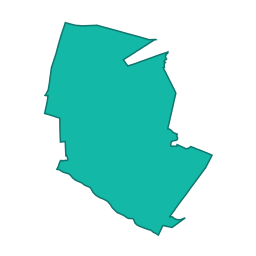 Galbinasi, Buzau, Romania, rotated 177°
{"feature_id": "2599482B63916266325360", "entity_name": "Galbinasi", "entity_type": "district", "adm_level": 2, "iso_a3": "ROU", "parent_name": "Romania", "parent_adm1": "Buzau", "projection": "equal_earth", "projection_center": [26.944, 45.056], "detail": "fine", "context": "isolated", "style": "filled", "palette": "teal", "viewbox_px": 256, "rotation_deg": 177, "n_neighbors": 0, "source": "geoboundaries", "source_scale": "gbopen_adm2", "svg_char_len": 4837}
<svg xmlns="http://www.w3.org/2000/svg" viewBox="0 0 256 256"><g transform="rotate(177 128 128)"><path d="M201.0,193.0L201.1,192.9L201.2,192.6L201.3,192.2L201.5,191.1L201.6,190.8L201.6,190.6L201.8,189.8L202.0,188.7L202.0,188.4L202.1,188.0L202.2,187.6L202.2,187.3L202.3,187.2L202.4,186.6L202.5,186.0L202.5,185.8L203.0,183.6L203.3,182.0L203.3,181.8L203.6,180.1L203.7,179.8L204.0,177.8L204.3,176.5L204.5,175.5L204.7,174.5L205.0,173.3L205.1,173.0L205.3,171.9L205.6,170.4L208.2,166.0L208.6,165.4L209.2,165.1L209.3,165.0L209.2,164.9L206.2,164.2L206.7,161.6L207.4,158.1L210.5,146.9L210.3,146.8L206.9,145.7L204.2,144.7L201.1,143.5L195.6,141.4L195.9,133.4L196.1,126.9L196.2,122.4L196.2,117.5L195.2,117.6L191.4,117.7L191.5,103.6L190.7,103.9L189.7,100.3L189.6,99.4L190.3,98.9L190.9,98.8L191.5,99.0L192.2,99.0L193.0,98.7L193.6,98.9L194.8,98.4L195.2,98.9L195.5,99.0L196.1,98.9L197.0,99.1L197.5,98.4L198.3,96.6L198.8,95.3L199.3,94.1L199.4,93.6L199.9,92.7L200.3,92.1L200.7,91.5L201.1,90.7L201.2,90.4L199.1,90.1L197.1,88.7L195.0,87.3L191.0,85.8L189.9,85.5L188.1,84.1L185.9,81.1L185.1,80.4L183.5,78.9L181.8,78.0L176.9,75.5L174.9,73.7L172.2,72.1L170.0,71.2L168.7,70.3L168.1,69.3L166.5,66.0L165.0,64.1L163.4,62.4L161.0,60.7L159.7,59.9L157.2,58.8L153.6,56.8L151.9,55.4L149.4,52.2L148.0,49.4L145.9,47.0L143.3,44.3L142.1,43.5L140.5,42.9L138.2,41.6L136.7,40.8L133.9,38.6L132.5,37.8L131.2,37.5L128.7,37.4L127.7,37.2L126.8,35.5L126.3,33.5L125.9,32.7L124.3,30.9L122.4,29.7L120.1,28.6L116.4,27.0L113.7,25.8L110.7,24.8L109.5,23.9L108.1,22.5L105.7,21.3L104.4,20.2L103.3,19.5L98.3,28.8L89.2,26.4L75.5,35.3L76.9,34.8L77.3,34.7L77.7,34.5L78.1,34.4L80.1,33.8L81.3,33.6L82.0,33.7L82.5,33.8L83.3,33.9L83.9,34.1L84.6,34.2L85.1,34.3L85.3,34.4L85.4,34.5L85.5,34.6L85.7,34.8L85.8,34.9L86.4,35.2L86.8,35.4L87.0,35.5L87.5,36.2L87.7,36.5L87.8,36.5L88.2,36.7L88.6,36.9L88.9,37.0L89.2,37.0L89.6,37.1L89.8,37.2L90.0,37.3L90.3,37.2L90.7,37.0L91.1,36.9L91.5,36.7L88.8,40.0L87.7,41.4L86.4,42.9L85.2,44.5L84.9,44.9L84.5,45.5L84.2,45.8L81.1,49.7L79.7,51.4L78.8,52.5L78.3,53.1L76.7,54.9L75.4,56.5L74.1,58.1L73.8,58.3L71.8,60.9L70.7,62.2L69.6,63.6L68.7,64.8L67.4,66.3L65.2,69.0L60.9,74.2L58.8,76.8L58.5,77.1L55.2,81.1L53.6,83.2L53.0,83.6L51.9,85.5L50.9,87.1L45.5,96.4L47.5,97.5L48.8,98.1L50.2,98.8L52.6,99.9L53.3,100.2L53.4,100.3L56.0,101.5L57.4,102.1L58.9,102.8L60.0,103.2L62.6,104.5L66.3,106.2L67.6,105.2L68.2,104.9L69.8,104.4L70.2,104.3L70.4,104.3L70.8,104.2L71.3,104.4L71.7,104.5L72.7,105.1L78.7,108.3L78.9,108.4L79.9,108.8L80.1,107.2L84.7,107.6L86.0,107.5L86.2,108.6L86.1,109.9L85.8,111.0L85.5,111.6L85.2,112.0L84.5,112.4L83.6,112.9L81.4,113.0L80.8,113.1L80.5,113.2L79.7,113.7L79.4,114.0L79.2,114.2L79.1,114.6L79.1,115.1L79.2,116.2L79.7,117.2L79.9,117.6L79.1,119.2L79.8,119.6L81.0,120.2L82.5,120.7L83.8,121.9L84.8,123.2L85.4,123.8L86.8,124.8L88.2,125.0L88.3,125.2L88.1,126.2L87.1,129.6L86.6,131.2L86.0,133.5L85.9,133.7L85.0,137.0L83.8,141.1L83.0,144.1L82.7,145.2L81.9,147.8L81.2,150.5L80.6,152.7L79.8,155.4L79.6,156.0L79.5,156.4L79.4,156.7L79.2,157.3L79.2,157.5L78.4,160.2L78.4,160.3L79.3,162.5L79.4,162.9L80.8,166.1L81.3,167.2L81.7,168.2L82.0,168.9L82.4,169.7L82.5,170.0L82.7,170.4L83.0,171.1L83.3,171.7L83.6,172.4L84.3,174.0L84.5,174.5L85.0,175.7L85.2,176.2L86.1,178.2L86.2,178.5L86.4,178.8L87.1,180.6L88.0,182.5L89.7,186.3L89.6,186.5L88.5,186.6L88.5,187.0L88.6,188.6L88.5,189.4L88.4,189.8L88.3,190.1L88.6,190.4L88.4,191.1L87.3,191.4L88.2,192.8L88.2,193.3L87.7,193.8L86.5,194.2L86.0,194.7L86.2,194.8L86.2,195.2L86.3,195.7L86.4,196.0L86.7,196.6L86.9,197.2L86.8,197.9L86.5,198.8L86.2,198.9L86.3,199.1L85.7,200.0L84.9,200.2L84.6,200.5L84.3,200.8L84.2,201.3L84.2,201.9L85.0,201.5L92.3,199.6L95.9,198.5L98.7,197.6L102.4,196.5L105.1,195.7L106.8,195.2L108.6,194.6L110.4,194.1L112.6,193.5L115.9,192.4L117.2,192.0L121.7,190.8L125.0,190.0L126.0,191.6L126.2,191.8L127.0,193.1L129.1,196.4L124.6,199.0L124.1,199.2L122.0,200.4L120.0,201.6L117.6,202.9L116.6,203.5L115.7,204.1L113.1,205.5L111.2,206.6L110.0,207.3L108.0,208.4L106.0,209.5L105.1,210.0L104.1,210.6L102.4,211.6L101.1,212.3L99.4,213.3L97.0,214.6L95.4,214.8L95.5,214.9L96.2,215.0L98.2,215.0L99.8,215.0L102.2,215.1L102.3,215.1L102.5,215.1L102.8,215.2L103.0,215.3L103.3,215.4L103.9,215.6L104.5,215.8L104.9,216.0L105.5,216.2L106.1,216.4L107.3,216.8L108.7,217.3L110.2,217.8L111.4,218.2L112.7,218.7L113.7,219.0L114.9,219.4L115.8,219.7L117.0,220.1L118.9,220.7L122.3,221.8L127.1,223.4L130.3,224.5L135.4,226.2L140.0,227.7L152.4,231.8L153.8,232.3L154.1,232.2L161.8,232.3L169.4,232.4L169.7,232.6L172.9,233.0L175.1,233.3L176.7,233.8L179.3,234.6L180.7,235.0L181.7,235.4L184.0,236.1L185.1,236.5L185.6,235.0L188.5,227.7L190.6,222.4L190.5,222.2L192.0,218.2L192.9,215.6L193.3,214.4L193.7,213.2L195.2,208.4L195.9,206.2L197.2,202.9L199.4,197.2L200.4,194.5L200.5,194.4L200.9,193.3L201.0,193.0Z" fill="#14b8a6" stroke="#0f766e" stroke-width="1.5"/></g></svg>